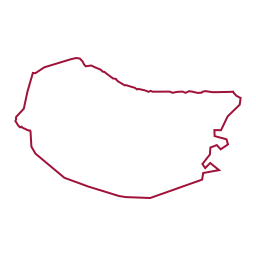 outline of Santa Ana Yareni, Oaxaca, Mexico
{"feature_id": "50627088B20672774458803", "entity_name": "Santa Ana Yareni", "entity_type": "district", "adm_level": 2, "iso_a3": "MEX", "parent_name": "Mexico", "parent_adm1": "Oaxaca", "projection": "albers", "projection_center": [-96.62, 17.397], "detail": "fine", "context": "isolated", "style": "outline", "palette": "rose", "viewbox_px": 256, "rotation_deg": 0, "n_neighbors": 0, "source": "geoboundaries", "source_scale": "gbopen_adm2", "svg_char_len": 1145}
<svg xmlns="http://www.w3.org/2000/svg" viewBox="0 0 256 256"><path d="M71.3,59.1L44.3,67.3L35.4,73.2L32.9,72.9L27.5,91.4L23.8,108.7L16.4,116.6L15.9,117.9L16.2,119.0L15.4,121.0L17.3,124.0L18.4,125.8L20.0,127.3L21.6,126.7L22.6,127.8L25.9,129.2L27.1,130.0L27.8,130.0L28.2,130.3L28.9,130.6L29.9,130.4L30.5,131.2L31.4,146.7L35.5,153.7L64.4,177.8L88.4,186.6L118.9,196.0L125.7,197.1L150.2,198.0L202.1,179.6L203.2,173.0L219.0,170.1L210.2,163.0L205.2,168.1L202.4,164.0L209.9,154.5L210.4,147.5L216.8,145.1L220.7,149.3L228.0,144.4L226.5,139.3L214.6,136.1L214.4,130.1L221.0,130.2L227.7,116.3L239.7,104.7L240.6,98.0L236.4,95.8L233.1,92.2L233.1,91.7L229.8,91.9L213.1,92.2L209.1,91.7L205.6,91.1L202.4,91.8L201.6,92.7L197.5,92.9L192.1,91.6L189.1,91.2L185.5,92.8L182.5,91.6L176.9,91.9L172.7,92.8L169.5,91.6L155.2,91.7L152.7,91.7L150.6,90.9L148.5,91.8L145.0,90.4L138.4,88.9L137.0,89.4L134.7,87.7L132.7,87.2L125.8,85.1L124.8,85.4L118.4,81.6L116.8,80.3L116.0,78.9L113.1,78.5L107.1,74.1L104.3,71.8L103.0,71.8L100.4,69.5L96.6,68.0L91.1,65.5L85.7,66.3L83.9,64.2L82.7,61.6L79.9,58.6L76.7,58.0L74.4,58.4L71.3,59.1Z" fill="none" stroke="#9f1239" stroke-width="2"/></svg>